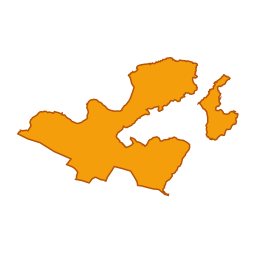 Hahake, Vava'u, Tonga (Robinson projection), rotated 268°
{"feature_id": "48082658B99932543232342", "entity_name": "Hahake", "entity_type": "district", "adm_level": 2, "iso_a3": "TON", "parent_name": "Tonga", "parent_adm1": "Vava'u", "projection": "robinson", "projection_center": [-173.925, -18.614], "detail": "fine", "context": "isolated", "style": "filled", "palette": "amber", "viewbox_px": 256, "rotation_deg": 268, "n_neighbors": 0, "source": "geoboundaries", "source_scale": "gbopen_adm2", "svg_char_len": 6038}
<svg xmlns="http://www.w3.org/2000/svg" viewBox="0 0 256 256"><g transform="rotate(268 128 128)"><path d="M60.3,166.1L60.3,164.9L61.2,163.1L63.1,161.9L63.5,161.0L65.5,160.8L67.5,162.5L69.0,162.3L69.9,163.3L72.7,164.1L74.0,165.7L75.0,167.6L78.2,170.4L79.5,170.5L80.6,170.3L80.9,172.1L81.9,173.6L82.9,174.0L83.9,175.3L87.6,176.8L87.9,178.4L90.7,180.1L95.4,181.3L96.5,182.4L97.4,182.9L98.6,184.3L100.4,184.8L103.9,187.9L106.3,188.9L109.4,188.9L111.5,186.5L113.8,182.7L113.8,181.4L115.0,176.9L116.5,175.6L117.2,174.0L117.0,172.8L116.2,171.9L116.3,168.8L115.3,168.7L114.8,163.3L113.7,161.6L113.9,159.9L116.7,158.8L118.1,156.6L117.5,152.8L116.2,151.4L115.4,149.2L114.3,148.2L111.8,146.9L109.9,145.4L109.2,144.3L110.9,143.0L110.7,142.0L111.7,141.5L113.5,138.4L114.0,136.1L116.2,134.7L117.6,132.6L118.4,130.4L116.9,130.0L114.9,131.7L112.4,132.7L111.8,131.7L111.0,131.3L109.7,128.8L108.6,125.7L109.3,124.9L109.6,123.9L110.4,124.1L111.4,123.1L112.0,122.1L112.7,122.3L114.6,119.1L115.5,119.3L116.0,119.0L117.1,117.7L117.8,117.6L118.4,116.6L120.0,116.0L120.6,116.4L121.1,116.2L123.8,117.9L124.1,118.8L124.9,119.3L125.4,120.4L127.1,122.5L129.9,123.6L128.6,125.4L128.6,127.3L129.3,128.5L130.7,131.9L131.6,132.4L132.8,134.7L134.9,135.9L135.7,137.1L136.9,137.9L137.3,138.8L137.6,140.4L138.5,140.5L139.7,142.5L141.2,145.9L140.7,147.7L140.8,149.4L142.0,149.9L144.6,148.5L145.7,147.0L146.8,149.4L146.3,151.5L146.6,153.2L147.7,154.9L148.5,159.3L146.5,159.3L144.9,158.7L144.1,159.2L143.6,159.9L145.1,163.3L146.1,163.5L146.8,163.0L147.5,163.0L149.3,165.1L149.0,166.5L149.2,167.7L150.5,168.5L150.6,169.2L153.9,171.9L153.4,174.3L153.7,174.4L154.6,175.8L154.4,176.5L152.7,178.7L152.8,179.8L153.5,181.1L154.8,181.3L156.0,181.9L156.3,183.1L156.9,183.1L157.1,185.4L157.4,185.8L159.2,184.8L159.7,186.0L161.2,186.8L160.6,190.3L159.8,191.0L159.5,192.6L160.0,194.4L160.5,195.3L161.3,195.2L163.2,196.4L163.6,198.0L165.8,198.6L166.3,197.9L167.4,198.1L168.6,197.6L168.8,196.8L170.1,195.6L171.4,194.9L173.8,194.2L176.1,194.6L176.3,195.9L175.7,196.6L175.6,197.3L176.4,198.6L177.0,199.0L178.1,198.1L178.3,197.1L179.1,196.7L180.7,197.5L181.7,197.1L182.8,198.1L185.6,197.9L186.0,198.5L187.6,198.4L188.4,199.5L189.4,199.4L190.2,198.2L190.5,197.0L190.4,195.1L191.4,194.8L192.9,190.2L192.9,189.5L192.5,189.1L192.6,188.4L193.1,188.0L193.6,183.8L194.1,182.2L193.2,181.0L192.9,180.0L193.1,178.2L193.6,178.1L193.5,177.6L193.8,177.0L194.4,176.5L194.7,175.8L194.5,175.3L195.1,174.9L195.6,175.1L196.3,174.4L196.7,172.8L196.4,169.3L196.0,168.5L195.5,168.5L195.1,166.5L195.2,165.3L194.1,164.4L194.0,162.9L193.2,162.4L193.6,160.9L192.6,160.1L192.5,158.8L192.9,158.8L192.8,158.2L192.0,157.6L191.4,156.2L191.6,155.3L192.1,154.8L190.9,152.4L191.7,152.5L191.7,151.6L191.2,149.5L191.2,147.4L190.7,143.3L189.9,140.5L189.4,139.6L188.4,139.0L187.2,138.7L186.3,139.8L185.2,139.0L183.8,136.8L183.5,135.4L184.2,134.8L183.2,133.9L182.9,132.9L182.1,132.1L181.3,131.9L181.5,131.0L180.6,130.3L178.5,131.9L171.9,133.4L168.6,135.5L164.1,134.0L157.9,131.5L155.0,129.9L151.0,126.5L150.4,125.1L146.6,122.3L145.9,122.4L145.1,120.4L145.4,117.2L145.2,115.1L146.5,110.5L147.6,108.3L150.7,105.8L151.9,103.8L153.5,102.7L154.4,101.6L155.2,99.6L156.5,98.6L157.4,97.2L157.8,94.7L157.5,93.6L157.4,92.3L157.0,91.1L155.6,89.5L154.7,89.2L153.9,88.0L153.1,87.6L152.8,88.3L149.5,87.5L148.3,88.3L145.3,88.9L143.8,88.5L142.2,87.7L141.1,87.5L139.7,87.9L138.6,87.1L137.4,85.3L136.8,83.8L135.3,81.9L134.3,78.2L134.6,76.2L135.8,74.0L136.3,72.6L137.0,71.7L138.2,70.9L140.9,66.8L143.1,65.3L143.4,62.6L145.2,62.7L144.6,61.4L145.7,59.1L146.9,55.0L145.4,54.1L146.7,49.7L146.2,48.2L147.4,46.8L147.6,44.8L147.0,43.4L147.3,41.9L147.0,40.4L146.1,39.2L144.6,37.9L143.4,36.3L141.8,33.3L139.5,31.1L137.2,30.2L133.6,31.2L128.6,27.8L129.3,26.6L128.9,22.6L129.5,20.4L128.1,20.1L127.9,19.1L126.0,17.7L120.7,27.4L116.4,39.6L107.0,53.5L99.1,70.0L93.6,65.4L91.0,71.3L89.5,73.3L87.2,75.2L85.2,76.2L81.8,74.9L79.6,74.8L78.5,73.9L77.1,80.2L74.5,87.2L78.5,90.5L79.9,93.4L79.8,94.3L77.2,99.2L77.0,101.5L75.7,104.0L79.8,105.8L86.2,110.5L90.0,112.9L87.8,120.4L84.9,129.1L77.5,133.4L73.5,135.3L70.3,135.6L69.7,139.3L66.2,151.2L65.8,155.0L65.2,156.9L60.4,162.5L59.3,165.9L60.3,166.1ZM168.6,216.5L167.1,215.9L166.9,214.9L166.1,214.6L164.8,214.9L164.1,214.3L164.0,212.9L163.5,212.1L163.7,211.7L163.5,211.1L161.9,210.8L161.7,209.9L160.5,210.0L159.5,210.4L158.6,209.3L158.3,209.4L156.8,207.8L156.1,207.5L155.8,206.9L155.6,205.5L155.0,204.8L153.7,204.1L153.2,202.6L151.1,201.2L151.1,200.3L150.5,199.4L150.1,199.2L150.4,199.8L149.8,200.7L147.6,202.3L145.1,203.5L144.5,204.1L144.1,205.2L142.2,206.5L141.8,207.1L135.9,208.0L130.8,207.9L127.8,206.0L125.9,206.8L124.8,206.3L123.3,206.3L120.8,207.0L119.0,206.0L117.7,206.4L116.3,207.1L116.3,208.1L115.5,208.5L114.7,209.3L114.4,210.4L114.5,211.1L114.2,211.0L114.1,210.3L114.4,209.8L114.0,209.7L113.5,211.2L113.9,212.3L113.7,213.4L113.0,214.5L113.7,216.3L115.5,217.6L117.5,220.2L118.0,221.5L117.3,222.5L117.5,224.1L121.3,225.3L123.2,226.5L123.0,228.2L123.4,230.3L126.8,232.0L128.0,233.3L127.9,234.4L128.7,235.1L128.4,235.8L130.8,236.6L132.4,236.0L134.4,236.5L134.6,237.4L137.7,238.3L138.4,238.1L138.8,237.2L138.4,236.5L139.2,235.2L139.9,234.6L140.6,235.7L141.0,235.2L141.3,233.8L140.6,233.1L140.9,232.0L139.9,230.0L139.0,229.5L138.4,228.5L138.5,225.9L139.2,224.0L140.7,223.5L142.7,222.1L143.1,220.9L142.2,219.0L142.5,216.7L143.4,216.5L145.1,216.4L146.6,217.7L146.4,219.3L149.0,221.3L149.7,221.1L149.7,220.4L153.0,219.9L153.5,220.3L153.2,220.6L154.5,221.2L154.1,220.6L154.6,220.0L155.1,219.8L156.1,220.0L156.7,220.8L159.1,221.8L159.9,220.6L161.9,220.0L162.4,219.2L165.7,218.9L166.3,220.0L166.6,220.1L166.5,220.9L166.7,221.1L166.7,221.8L166.3,222.0L166.9,223.3L167.8,224.4L168.6,226.4L171.7,228.1L173.0,229.9L173.2,230.9L174.2,231.6L175.2,230.5L176.2,228.5L175.9,228.3L176.7,226.9L177.3,226.6L177.4,226.1L177.7,226.0L177.8,225.6L176.9,225.0L175.5,223.4L174.8,223.1L171.4,218.1L170.8,218.4L170.4,217.7L171.0,216.9L170.4,216.1L169.6,215.6L169.3,216.1L168.6,216.5Z" fill="#f59e0b" stroke="#b45309" stroke-width="1.5"/></g></svg>